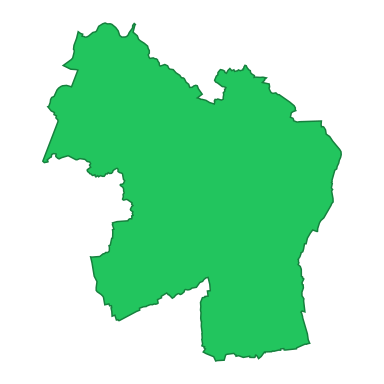 the district of Mueang Nakhon Pathom, Nakhon Pathom, Thailand
{"feature_id": "78962969B95320028173020", "entity_name": "Mueang Nakhon Pathom", "entity_type": "district", "adm_level": 2, "iso_a3": "THA", "parent_name": "Thailand", "parent_adm1": "Nakhon Pathom", "projection": "orthographic", "projection_center": [100.009, 13.819], "detail": "fine", "context": "isolated", "style": "filled", "palette": "green", "viewbox_px": 384, "rotation_deg": 0, "n_neighbors": 0, "source": "geoboundaries", "source_scale": "gbopen_adm2", "svg_char_len": 5883}
<svg xmlns="http://www.w3.org/2000/svg" viewBox="0 0 384 384"><path d="M90.6,256.9L92.0,262.7L94.2,276.2L97.0,281.6L96.2,287.5L96.2,290.4L97.3,291.8L101.2,294.5L103.1,296.5L103.5,297.5L104.8,304.8L108.9,303.9L109.6,305.8L111.4,305.7L111.7,307.7L111.1,307.8L111.1,308.3L111.8,311.4L112.1,316.2L114.9,315.2L116.4,320.0L118.0,319.6L118.4,320.5L119.3,320.6L136.6,311.4L139.7,310.2L139.5,308.2L143.4,306.8L146.3,306.5L146.8,306.0L150.4,304.6L152.5,304.7L154.2,304.0L155.7,304.2L157.1,303.8L158.1,303.1L157.5,299.6L161.5,297.8L161.3,296.3L166.7,293.0L168.3,294.8L168.8,294.6L172.3,298.2L174.0,297.2L175.7,295.2L177.7,293.8L178.9,293.6L180.2,294.5L181.7,294.0L184.1,291.9L184.6,290.0L185.4,289.5L187.7,289.9L189.2,289.7L190.6,289.2L191.9,288.1L196.4,287.3L199.8,282.5L202.6,281.4L203.9,279.5L205.9,277.9L208.1,277.4L209.8,284.4L210.3,290.7L207.4,291.0L208.1,296.1L204.9,296.5L204.8,297.3L202.4,297.7L200.5,302.5L200.8,306.6L200.5,310.0L201.0,312.7L200.7,318.3L201.1,321.1L201.5,321.3L201.3,326.2L202.2,333.2L201.9,333.5L202.2,338.3L201.8,339.3L202.6,343.8L201.9,345.8L204.5,346.8L204.0,347.8L205.4,348.9L203.2,352.0L206.1,353.6L213.7,356.7L215.7,361.0L217.2,360.6L224.2,360.2L225.6,355.1L226.8,354.3L233.9,353.4L235.5,355.1L236.2,355.2L236.1,356.2L238.7,355.7L243.3,357.4L249.7,356.2L249.9,357.4L254.3,357.5L255.0,357.2L255.6,355.1L255.9,355.0L257.2,356.2L258.6,358.6L261.2,356.5L264.4,352.1L265.1,352.7L265.6,351.9L271.7,351.7L272.4,351.1L274.1,351.2L278.7,350.1L280.6,350.2L280.6,349.0L281.0,348.9L283.8,348.6L284.2,350.0L285.5,350.0L296.5,348.8L296.7,347.8L304.9,344.2L306.8,344.2L307.1,343.8L309.7,343.3L308.2,339.7L307.4,333.9L302.7,317.9L302.5,316.2L301.5,312.8L300.9,312.2L302.1,311.0L304.9,311.9L303.6,300.8L303.9,298.8L302.0,295.8L301.9,292.2L303.4,287.9L303.1,284.8L302.4,284.7L302.0,282.7L303.8,279.0L303.6,278.5L302.6,278.2L302.5,276.9L301.4,276.3L301.3,269.3L300.3,266.5L298.1,264.5L298.9,262.8L298.4,261.4L298.5,259.7L298.1,259.4L299.9,256.8L301.0,253.6L300.9,252.9L302.8,251.7L303.6,249.0L304.5,243.8L306.1,243.8L307.4,238.2L310.4,233.0L312.7,230.0L317.0,231.5L317.5,231.4L317.7,228.5L319.5,222.8L320.9,220.5L323.8,217.9L331.0,205.4L331.8,203.4L333.1,202.0L333.0,198.6L331.6,190.9L332.6,189.5L331.7,188.5L331.4,187.7L332.3,183.4L331.5,182.5L332.1,181.7L332.0,180.3L334.8,170.2L336.7,168.9L337.1,166.5L338.7,163.2L339.3,160.3L340.6,157.4L341.2,154.7L341.0,151.7L339.7,149.5L332.7,141.1L329.8,136.7L326.2,134.1L325.5,129.8L323.8,127.1L322.9,126.6L321.4,126.8L321.1,124.4L321.4,121.0L299.8,121.7L297.1,122.1L293.6,120.7L293.5,119.3L292.8,118.2L290.4,117.3L291.3,112.8L293.1,111.6L295.8,110.6L295.3,109.8L295.3,107.8L294.1,105.7L289.8,102.1L279.2,94.7L277.7,94.6L275.9,92.9L272.8,93.4L271.1,92.6L269.7,90.1L269.0,88.0L269.6,87.0L269.2,84.0L262.4,82.5L264.6,80.2L264.5,79.1L265.5,78.8L266.4,77.9L263.0,77.2L260.1,77.4L255.2,77.1L254.1,77.4L254.4,75.6L252.1,74.2L250.6,72.7L250.3,70.7L248.8,69.8L246.9,67.4L246.3,65.8L245.0,65.3L244.0,66.9L243.6,68.7L242.9,69.0L242.9,69.9L240.2,70.7L238.4,69.9L237.5,70.8L234.6,71.4L233.9,69.8L231.8,70.7L229.9,68.5L228.0,70.4L226.4,73.3L224.8,72.4L224.7,71.2L222.8,70.1L220.4,69.6L219.2,71.0L218.0,72.5L217.8,74.9L216.3,76.1L214.6,80.3L215.6,82.0L217.5,82.9L222.3,86.6L223.9,86.7L225.9,87.5L225.2,89.3L224.6,89.3L224.8,91.3L223.3,92.7L223.7,94.6L223.2,97.2L223.3,99.1L221.4,100.1L217.8,99.0L216.7,99.6L215.1,99.4L214.3,101.0L214.8,101.4L214.3,104.0L209.7,102.6L205.9,100.3L201.8,99.3L200.4,99.4L200.0,98.7L197.3,97.9L202.2,94.2L198.4,88.8L197.3,85.8L195.8,85.3L193.7,86.0L192.2,87.3L189.7,87.4L188.7,84.3L186.1,82.2L184.4,78.8L183.5,78.0L181.4,77.7L179.8,75.3L176.0,72.8L173.2,69.6L169.7,69.1L168.8,68.3L167.6,65.8L164.8,64.5L160.2,66.1L159.3,64.9L159.3,63.1L157.8,60.9L157.5,59.8L156.4,58.9L154.8,58.7L153.3,57.9L149.9,58.4L149.1,57.4L148.2,54.8L149.3,53.2L149.3,50.5L148.2,48.5L147.6,46.1L144.3,43.3L140.2,40.7L138.6,39.3L137.3,35.8L133.1,32.2L134.8,25.4L135.4,24.5L134.2,23.5L132.7,25.4L132.5,28.0L129.2,32.6L128.2,34.9L126.8,36.4L125.3,37.0L121.8,37.1L119.7,35.5L118.2,30.9L115.7,27.5L111.8,24.3L110.2,23.8L107.4,23.9L105.1,23.0L102.7,23.8L98.7,26.3L96.6,30.9L95.6,31.8L92.8,32.5L88.4,36.2L86.3,37.1L84.9,37.1L84.1,36.5L82.1,36.2L82.7,34.2L80.5,33.4L78.2,31.7L76.6,38.3L74.0,45.3L73.5,49.3L74.2,50.1L74.2,51.9L72.7,57.9L71.4,59.5L63.2,65.5L70.7,69.2L76.3,69.6L77.9,70.1L71.5,86.8L66.5,85.4L62.5,85.8L60.9,86.5L58.6,88.1L57.0,90.0L54.1,96.4L51.7,97.5L50.6,99.5L50.2,102.5L48.8,106.3L47.8,106.7L51.2,110.9L54.4,112.5L54.0,114.6L56.4,115.8L55.9,117.9L57.9,120.0L58.0,121.6L42.8,161.2L44.3,162.6L47.9,161.9L48.0,161.3L47.2,159.9L50.3,157.4L51.3,157.0L51.7,154.5L53.5,153.6L56.0,153.9L56.2,154.5L55.7,155.9L55.9,156.6L57.8,158.3L59.1,158.9L61.8,157.6L68.2,155.7L75.9,159.7L77.2,159.7L79.8,158.6L84.5,159.3L85.4,159.7L87.2,161.5L89.7,162.0L90.6,163.5L90.5,164.1L89.5,165.1L90.7,167.2L87.3,169.7L87.2,170.5L87.7,171.6L89.1,172.6L89.7,173.6L91.0,174.0L91.9,175.0L92.8,175.5L94.9,174.8L95.4,176.5L95.9,176.9L97.7,175.7L98.6,176.8L100.7,175.6L102.2,176.3L104.2,176.3L106.0,173.8L107.4,173.9L108.2,172.6L109.6,173.5L111.5,173.3L112.7,172.0L112.9,170.9L113.6,170.1L116.2,168.5L117.3,168.4L118.1,169.3L118.0,171.5L119.6,172.6L121.8,173.2L122.5,173.9L123.5,179.5L124.7,180.7L123.5,183.4L122.4,184.2L120.6,184.4L120.2,184.9L120.4,185.5L122.8,187.2L123.6,188.9L123.6,191.0L124.2,192.8L123.1,194.4L123.3,197.0L122.6,198.8L122.6,199.5L123.7,200.1L126.2,199.4L127.3,199.6L132.0,202.8L131.7,204.3L132.9,205.5L131.7,206.6L130.4,209.3L130.7,210.2L132.9,211.9L132.3,213.5L133.1,215.2L131.7,215.9L131.9,217.7L131.7,218.8L130.1,218.7L128.6,219.5L127.9,220.8L117.1,221.6L112.5,222.9L112.8,224.3L112.4,224.7L113.9,229.2L112.5,229.7L112.8,231.8L112.6,238.1L111.7,238.3L110.3,245.1L109.0,245.6L109.4,247.6L109.3,250.9L108.7,251.8L107.4,252.6L105.9,252.4L104.4,253.6L103.0,253.9L99.8,256.5L91.8,257.1L90.6,256.9Z" fill="#22c55e" stroke="#15803d" stroke-width="1.5"/></svg>